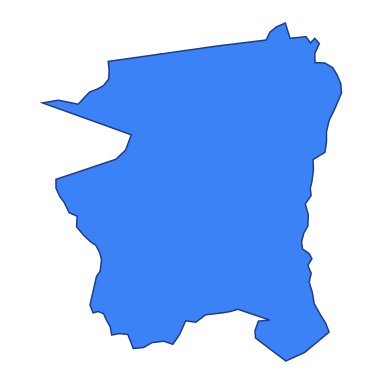 outline of Taquaral de Goiás, Goiás, Brazil
{"feature_id": "56859067B36818753326646", "entity_name": "Taquaral de Goiás", "entity_type": "district", "adm_level": 2, "iso_a3": "BRA", "parent_name": "Brazil", "parent_adm1": "Goiás", "projection": "natural_earth1", "projection_center": [-49.592, -16.048], "detail": "fine", "context": "isolated", "style": "filled", "palette": "blue", "viewbox_px": 384, "rotation_deg": 0, "n_neighbors": 0, "source": "geoboundaries", "source_scale": "gbopen_adm2", "svg_char_len": 1310}
<svg xmlns="http://www.w3.org/2000/svg" viewBox="0 0 384 384"><path d="M119.0,333.6L127.8,334.4L133.3,348.5L143.6,347.5L152.0,342.6L163.8,341.2L172.9,344.3L179.5,334.6L185.7,320.8L195.8,322.2L205.6,314.8L222.2,312.9L230.3,311.5L237.9,309.3L269.8,320.1L258.4,321.1L255.0,330.6L255.5,338.0L285.8,361.0L298.3,355.3L304.6,352.5L329.1,332.1L325.7,323.3L320.3,314.6L314.2,303.7L312.3,292.4L309.2,282.2L311.2,273.2L307.8,265.4L311.9,258.8L309.2,253.6L302.6,249.0L301.5,242.0L303.8,233.2L307.8,226.1L308.3,214.9L305.3,204.0L311.1,195.5L310.3,188.3L311.9,181.7L313.4,170.1L313.1,159.6L319.3,155.7L324.9,152.4L326.5,142.1L326.5,131.8L329.1,120.4L334.4,109.7L337.7,101.9L341.5,93.0L340.8,83.8L337.2,75.2L332.7,67.6L324.8,63.0L315.0,62.6L314.8,53.5L319.3,43.6L314.8,38.3L310.5,42.9L306.0,36.7L290.1,38.3L285.3,23.0L276.6,26.8L270.0,32.0L266.2,40.0L237.0,43.6L217.9,45.9L108.2,61.4L109.1,69.7L108.8,78.9L103.4,85.7L96.8,89.3L89.7,92.0L85.8,96.0L78.2,104.2L58.3,100.2L42.5,102.9L131.3,134.8L125.6,150.1L115.8,159.3L56.0,179.3L56.0,188.2L59.9,196.6L64.0,202.1L69.2,212.7L77.1,216.2L76.6,226.9L83.9,235.5L90.3,241.6L95.9,245.4L99.8,252.8L101.5,259.7L100.1,271.3L96.5,276.3L90.0,305.0L93.1,312.9L98.2,311.5L103.5,313.6L106.5,320.1L110.2,326.8L111.7,335.0L119.0,333.6Z" fill="#3b82f6" stroke="#1e3a8a" stroke-width="1.5"/></svg>